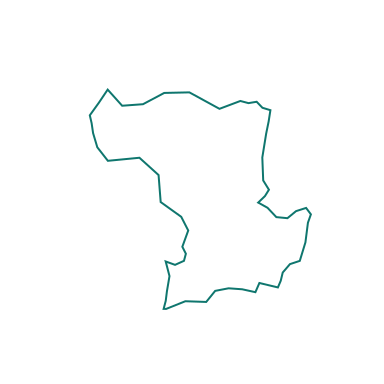 La Vega, Albers equal-area conic projection, rotated 125°
{"feature_id": "DOM-1975", "entity_name": "La Vega", "entity_type": "Province", "adm_level": 1, "iso_a3": "DOM", "parent_name": "Dominican Republic", "parent_adm1": "", "projection": "albers", "projection_center": [-70.602, 19.023], "detail": "fine", "context": "isolated", "style": "outline", "palette": "teal", "viewbox_px": 384, "rotation_deg": 125, "n_neighbors": 0, "source": "natural_earth", "source_scale": "10m", "svg_char_len": 877}
<svg xmlns="http://www.w3.org/2000/svg" viewBox="0 0 384 384"><g transform="rotate(125 192 192)"><path d="M186.6,64.2L194.9,70.4L205.9,71.5L213.8,68.4L220.9,66.9L227.9,84.6L237.7,82.6L242.9,95.1L249.9,106.8L259.7,116.3L273.9,117.3L285.3,134.8L302.7,146.2L303.3,147.2L304.0,148.2L296.2,151.1L287.7,155.6L273.8,162.2L264.0,173.7L261.4,164.1L253.0,159.1L246.1,161.6L242.4,168.5L225.7,173.0L218.5,186.6L218.2,211.9L197.3,229.1L194.1,254.7L214.7,278.8L209.7,295.2L200.5,306.8L193.2,313.7L187.8,319.7L172.3,319.5L156.5,319.8L161.4,298.7L148.2,282.5L126.8,271.6L111.9,251.3L108.1,217.2L89.7,204.6L86.8,196.7L81.0,190.8L82.6,182.6L80.0,174.7L90.2,169.7L101.7,164.7L123.4,154.2L141.7,140.3L146.0,130.3L153.5,129.9L162.7,131.7L161.6,121.1L164.2,108.5L158.7,98.8L148.0,95.8L139.6,89.4L142.1,81.8L150.7,79.4L168.2,70.2L186.6,64.2Z" fill="none" stroke="#0f766e" stroke-width="2"/></g></svg>